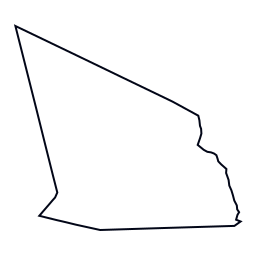 Martinópole, Ceará, Brazil (orthographic projection)
{"feature_id": "56859067B4010642262930", "entity_name": "Martinópole", "entity_type": "district", "adm_level": 2, "iso_a3": "BRA", "parent_name": "Brazil", "parent_adm1": "Ceará", "projection": "orthographic", "projection_center": [-40.613, -3.149], "detail": "fine", "context": "isolated", "style": "outline", "palette": "ink", "viewbox_px": 256, "rotation_deg": 0, "n_neighbors": 0, "source": "geoboundaries", "source_scale": "gbopen_adm2", "svg_char_len": 730}
<svg xmlns="http://www.w3.org/2000/svg" viewBox="0 0 256 256"><path d="M39.3,215.8L57.1,220.2L61.1,221.1L66.2,222.3L76.0,224.7L100.2,230.0L160.9,228.1L234.4,225.9L240.6,221.5L236.1,219.7L237.5,214.8L239.1,212.2L237.2,209.4L236.8,205.4L234.3,200.6L232.9,195.2L231.4,190.3L229.3,185.6L228.6,180.0L227.2,176.0L226.1,173.0L226.4,169.0L221.2,164.4L218.3,161.4L217.5,158.5L216.4,155.2L214.0,153.5L211.1,152.4L207.3,151.8L203.7,149.8L200.9,147.5L197.7,144.9L200.1,138.0L201.4,133.6L201.1,128.8L200.0,125.9L199.4,120.3L198.3,115.7L172.5,101.6L121.6,77.1L81.4,57.7L15.4,26.0L20.6,46.6L36.4,109.2L44.6,142.2L52.9,175.3L57.3,192.5L55.1,197.5L52.5,200.4L50.3,203.0L42.8,211.7L39.3,215.8Z" fill="none" stroke="#020617" stroke-width="2"/></svg>